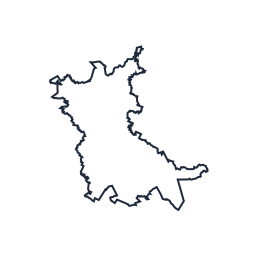 Centro, Tabasco, Mexico (Natural Earth projection), rotated 111°
{"feature_id": "50627088B91103141200300", "entity_name": "Centro", "entity_type": "district", "adm_level": 2, "iso_a3": "MEX", "parent_name": "Mexico", "parent_adm1": "Tabasco", "projection": "natural_earth1", "projection_center": [-92.965, 18.027], "detail": "fine", "context": "isolated", "style": "outline", "palette": "slate", "viewbox_px": 256, "rotation_deg": 111, "n_neighbors": 0, "source": "geoboundaries", "source_scale": "gbopen_adm2", "svg_char_len": 5935}
<svg xmlns="http://www.w3.org/2000/svg" viewBox="0 0 256 256"><g transform="rotate(111 128 128)"><path d="M80.0,186.4L83.4,179.7L84.1,180.5L85.2,181.0L93.8,180.2L97.5,180.6L97.2,181.2L98.0,181.8L98.2,181.1L101.8,185.5L101.4,187.0L103.0,188.7L103.2,190.1L104.0,190.4L103.2,191.9L104.1,192.4L104.1,193.3L104.8,193.1L105.1,193.4L104.6,194.2L105.0,194.6L104.6,194.4L104.4,195.0L103.4,195.4L103.8,195.8L103.5,196.4L104.1,196.7L103.9,197.2L103.4,197.3L103.1,198.3L102.2,198.7L102.3,199.4L101.5,199.5L101.7,200.0L101.2,200.8L99.9,201.2L100.3,202.4L100.0,203.4L100.3,203.8L101.0,203.5L102.4,203.9L102.6,204.9L103.4,205.6L104.2,204.8L105.1,204.7L106.8,205.8L106.9,206.1L106.5,206.5L108.2,207.5L104.8,212.4L111.3,217.7L112.0,217.0L112.8,217.3L113.6,216.1L113.0,215.3L112.6,211.5L109.1,210.4L110.2,209.0L111.3,205.9L111.6,206.2L111.5,208.7L112.0,209.5L112.9,209.4L120.3,206.3L126.3,210.0L126.6,207.4L125.6,205.8L125.7,204.6L124.2,200.8L123.1,199.8L123.5,199.2L123.5,197.6L125.2,197.1L124.5,194.0L125.8,193.6L126.8,195.7L127.6,192.2L129.4,192.3L129.9,192.7L130.4,193.8L130.2,194.2L130.6,194.5L131.8,197.1L132.2,196.7L132.7,197.7L133.8,198.3L133.6,196.9L133.2,196.9L133.9,195.9L133.6,195.0L135.1,195.6L135.7,195.2L135.7,194.3L136.5,194.9L137.0,194.4L136.7,193.1L137.3,192.3L137.1,191.4L136.0,190.4L136.6,189.9L136.4,188.9L137.3,187.9L137.0,186.5L138.4,185.1L138.3,184.0L139.7,183.5L140.1,182.7L141.5,183.5L142.1,182.7L142.8,180.3L144.7,180.1L143.8,175.7L145.0,175.6L145.1,174.4L145.3,174.3L146.6,174.6L146.7,172.7L147.1,172.3L147.6,172.7L148.0,170.9L147.8,170.6L148.6,170.0L147.4,168.2L150.9,165.0L151.6,166.5L154.0,166.5L154.9,165.0L156.3,165.7L156.9,167.4L158.2,166.8L159.6,167.4L160.1,166.8L160.8,167.0L161.2,168.3L162.0,168.5L162.2,168.9L163.1,169.0L164.1,168.2L164.8,168.4L165.1,169.0L166.5,169.0L167.4,167.0L168.2,166.8L169.0,165.9L169.2,164.3L169.6,163.6L170.7,163.7L170.8,162.5L171.3,162.3L171.3,160.6L171.7,160.2L172.1,160.8L173.8,160.9L174.8,160.2L176.1,160.0L176.2,159.4L176.6,159.4L176.7,157.8L179.0,158.2L179.5,155.8L185.8,156.4L186.4,155.4L187.1,155.6L187.5,155.0L188.1,155.1L188.4,153.9L188.1,154.2L187.5,153.3L188.0,153.2L187.1,151.9L189.8,150.2L188.2,148.5L188.9,147.9L188.7,147.5L189.1,147.2L189.3,147.7L189.5,147.2L190.4,147.9L190.3,148.7L191.7,148.0L192.0,148.3L193.1,146.6L192.5,144.5L193.2,144.0L193.9,144.8L199.2,143.4L200.8,142.1L201.0,139.4L203.1,139.7L202.7,141.7L206.3,144.2L206.8,143.9L207.3,142.8L206.4,141.2L207.2,140.1L207.3,138.1L208.6,134.8L208.7,133.6L205.4,133.8L205.7,129.5L193.4,127.0L193.7,126.4L189.5,125.0L187.7,122.2L194.8,114.1L195.5,114.5L196.4,116.5L197.9,117.3L198.9,119.5L199.4,119.7L201.7,118.0L202.8,113.4L198.8,112.6L199.2,100.5L200.0,99.8L200.1,98.5L197.3,94.7L197.1,93.0L195.5,94.3L192.3,90.4L190.4,94.8L187.7,94.3L187.6,93.4L188.0,92.5L186.7,91.4L187.0,90.0L185.7,88.1L186.0,87.4L187.4,86.3L187.4,84.9L187.8,84.6L187.1,83.5L185.6,85.9L181.5,84.7L181.4,83.9L181.1,84.4L179.3,84.8L178.5,83.9L175.9,82.7L172.9,80.0L178.3,73.5L181.8,70.1L181.4,66.8L180.6,66.7L180.9,63.1L183.1,60.7L183.4,58.9L184.7,57.2L185.9,54.5L186.4,51.6L176.2,49.7L158.3,63.1L154.4,53.2L153.2,52.4L153.7,51.0L153.4,50.3L150.6,46.3L148.5,44.8L147.8,43.2L147.1,42.7L145.6,43.6L144.3,43.8L143.3,43.5L142.7,42.6L141.2,42.4L140.4,41.2L141.1,39.4L139.6,38.3L138.9,38.6L138.4,39.4L137.6,39.4L136.5,41.1L135.6,41.7L135.7,43.1L135.4,44.7L136.9,47.0L136.5,48.1L137.7,49.1L138.8,49.1L140.8,50.2L140.7,52.3L142.2,51.8L143.0,52.4L145.1,57.8L144.4,61.0L144.5,62.0L145.4,62.8L145.3,64.1L146.3,64.5L148.1,64.4L148.4,66.2L148.1,67.4L149.1,68.4L146.2,70.6L145.8,71.7L144.5,73.3L143.1,73.8L143.6,77.3L143.2,78.1L144.8,78.4L137.8,86.3L140.7,86.9L139.8,87.7L138.4,87.9L140.7,90.6L140.3,91.3L138.4,92.4L137.2,92.5L136.6,93.4L136.3,96.6L136.6,97.5L135.8,98.9L135.7,100.7L134.5,102.0L135.6,103.8L134.7,104.2L134.8,105.3L134.1,106.5L133.2,107.1L133.7,107.5L133.4,108.8L134.1,110.4L133.7,111.4L134.0,112.6L133.5,114.1L129.0,113.6L128.6,119.2L130.7,119.5L130.8,118.7L131.5,118.4L132.4,120.2L131.5,122.2L130.6,122.5L130.6,123.8L129.8,123.6L129.4,124.1L129.1,124.8L129.4,125.9L128.7,126.2L127.8,125.1L126.8,125.7L127.3,127.9L125.6,128.1L124.7,125.7L124.0,126.3L124.0,125.5L122.9,125.6L122.8,125.1L121.7,125.3L121.7,130.2L119.2,129.5L118.9,130.1L119.0,131.8L118.2,131.6L118.1,132.3L115.1,133.5L113.8,133.7L112.0,132.6L111.4,132.6L111.1,132.1L111.6,131.6L110.5,130.1L110.5,129.1L110.6,128.1L111.2,127.9L111.1,126.1L109.7,125.9L109.0,124.7L109.4,124.6L110.4,123.3L107.9,122.5L108.3,121.9L107.1,121.6L105.3,122.3L103.2,122.0L103.3,128.3L102.4,126.1L99.9,128.9L97.1,130.4L95.2,130.6L95.7,131.7L95.2,132.0L95.1,134.6L94.4,135.2L94.7,135.9L94.5,136.5L95.1,137.1L94.7,138.4L92.9,138.0L90.3,139.0L89.3,138.7L88.8,139.6L87.9,139.8L87.0,140.7L87.1,142.2L85.9,142.1L85.2,143.1L84.5,142.4L83.7,143.2L81.8,142.6L81.7,143.1L82.6,143.9L82.9,144.7L82.6,145.0L81.6,144.1L79.9,144.9L79.7,144.4L80.3,143.5L79.5,143.5L78.9,142.2L78.1,142.1L77.4,143.1L77.1,142.0L75.2,141.9L74.9,141.2L75.3,140.6L75.1,140.2L74.0,140.3L75.0,139.5L74.8,138.8L72.2,136.4L70.3,132.7L69.6,132.5L69.2,132.8L69.6,134.5L69.1,134.4L68.7,133.5L69.0,132.9L68.5,132.6L68.5,134.0L67.5,135.0L67.5,136.4L67.1,138.0L67.8,139.0L68.5,138.9L68.4,139.3L65.4,141.1L64.7,142.2L62.2,142.6L60.6,143.6L60.8,144.3L62.3,144.2L63.1,145.2L62.1,146.1L55.2,146.1L56.4,144.7L54.5,144.8L53.8,143.5L50.6,144.1L49.5,142.6L48.9,142.6L49.3,143.9L47.3,144.9L49.9,148.5L50.9,148.0L51.8,148.3L52.4,147.6L55.1,148.3L55.7,147.9L56.2,148.1L57.8,147.0L59.4,148.2L61.5,148.3L62.4,149.0L63.7,152.8L64.7,153.2L66.2,152.9L67.5,154.2L69.8,153.9L71.8,154.3L72.9,155.0L72.9,156.8L72.4,157.5L72.7,158.6L74.9,159.0L76.0,161.3L76.7,162.0L78.4,162.3L80.2,161.7L82.6,162.1L83.6,162.5L83.4,163.4L84.4,163.9L84.7,164.7L86.0,165.1L86.3,166.3L85.7,168.1L81.0,170.9L80.5,170.8L80.3,171.3L78.6,170.9L78.1,171.5L77.8,173.3L78.1,173.4L76.7,176.0L76.5,177.7L76.1,177.8L76.8,180.0L78.8,183.1L80.0,186.4Z" fill="none" stroke="#1e293b" stroke-width="2"/></g></svg>